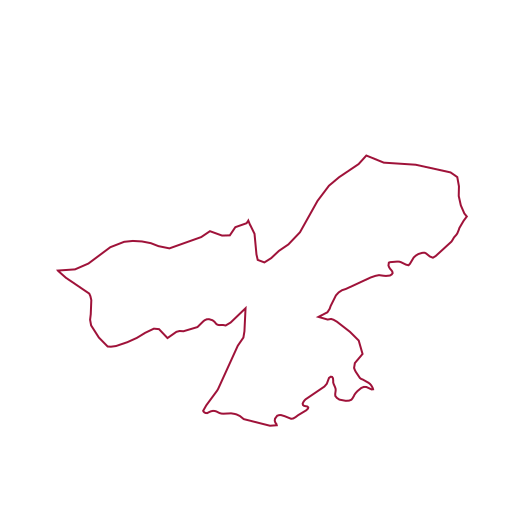 SVG path tracing the border of An Nabatiyah, rotated 207°
{"feature_id": "LBN-3059", "entity_name": "An Nabatiyah", "entity_type": "Province", "adm_level": 1, "iso_a3": "LBN", "parent_name": "Lebanon", "parent_adm1": "", "projection": "orthographic", "projection_center": [35.465, 33.278], "detail": "fine", "context": "isolated", "style": "outline", "palette": "rose", "viewbox_px": 512, "rotation_deg": 207, "n_neighbors": 0, "source": "natural_earth", "source_scale": "10m", "svg_char_len": 2855}
<svg xmlns="http://www.w3.org/2000/svg" viewBox="0 0 512 512"><g transform="rotate(207 256 256)"><path d="M275.1,280.9L267.4,275.1L256.3,257.6L252.7,253.3L245.6,254.1L241.5,261.0L237.9,271.0L232.4,281.0L227.6,297.1L226.2,333.1L222.9,351.8L217.7,364.0L206.3,384.5L203.3,395.6L184.5,397.2L155.2,409.8L120.6,418.8L112.5,417.7L106.8,410.2L102.6,401.5L96.5,394.1L89.7,388.5L86.1,386.9L87.0,381.7L87.5,373.3L87.2,371.4L86.9,367.5L87.1,365.9L88.0,362.5L88.2,359.1L88.4,357.5L95.9,337.5L97.6,334.8L100.9,334.5L105.6,335.5L107.1,335.5L108.3,334.9L109.4,334.2L112.2,331.5L113.7,329.1L114.8,326.3L115.3,318.9L115.9,317.0L118.4,316.4L124.1,316.3L125.8,316.0L127.7,315.1L133.7,311.4L134.6,310.4L133.7,307.7L132.4,306.5L130.8,305.5L129.2,304.9L127.6,304.1L126.5,302.8L126.7,301.2L127.8,299.4L131.2,297.2L133.7,296.2L137.7,294.8L140.6,292.5L144.1,288.9L161.0,267.4L163.8,264.6L165.8,261.1L166.9,257.2L166.8,245.3L166.4,242.4L166.8,238.3L172.7,230.1L163.3,231.9L160.5,234.0L158.0,234.4L154.1,234.2L137.9,231.1L126.1,227.3L116.6,217.1L119.3,205.5L117.8,200.8L116.3,199.4L114.7,198.2L108.1,194.5L106.5,194.2L104.9,194.4L98.1,194.1L96.4,193.8L94.7,193.1L93.1,192.1L91.8,191.1L91.2,190.4L92.4,189.6L98.2,189.4L100.5,188.3L102.3,186.2L104.3,181.6L105.0,179.0L105.3,176.9L105.2,176.0L105.4,172.9L105.8,171.2L107.4,169.4L110.3,167.7L116.5,165.9L119.6,166.3L121.8,167.3L122.8,169.0L123.9,172.2L124.7,173.7L126.0,175.0L128.8,177.3L129.9,178.5L130.5,179.8L131.9,182.0L133.3,182.8L134.6,182.4L135.6,180.5L134.9,174.3L135.8,170.7L146.8,150.7L147.3,149.0L147.5,147.2L147.4,145.6L146.4,144.5L145.1,144.3L141.9,145.2L140.7,144.8L140.4,143.7L141.2,141.3L146.2,133.3L147.6,130.4L149.1,128.1L150.8,126.9L157.7,126.3L161.6,125.6L163.2,124.7L164.6,123.3L165.2,119.7L164.5,117.7L163.1,116.3L161.6,115.6L160.7,114.6L166.5,111.1L192.9,105.1L197.6,106.1L201.4,106.0L203.3,105.6L206.8,104.5L213.6,100.6L215.3,99.9L217.2,99.5L220.7,99.5L222.3,99.2L224.0,98.5L225.6,97.2L226.7,95.9L228.0,94.1L228.1,93.9L229.7,93.2L231.0,93.2L232.2,93.6L232.6,93.9L232.8,94.1L232.5,100.4L229.5,118.5L229.4,120.4L231.5,167.8L230.2,177.6L232.1,183.6L241.6,204.7L248.4,185.2L251.5,180.3L254.0,179.6L255.2,179.0L257.3,177.8L258.5,177.4L259.8,177.3L261.1,177.6L262.2,178.2L263.8,178.7L265.6,179.0L269.1,178.4L271.1,177.3L272.6,175.4L273.3,173.9L275.9,166.1L286.5,156.0L290.0,154.5L292.5,152.3L297.6,142.7L309.2,146.8L314.0,144.9L319.9,137.2L325.0,128.9L331.5,120.8L339.9,112.2L344.1,109.3L347.1,108.0L359.0,112.0L371.4,119.3L374.9,123.9L376.8,129.1L382.7,141.9L385.3,145.0L387.5,146.8L415.5,150.3L425.5,152.9L425.9,153.1L411.2,161.9L401.9,173.2L389.8,197.7L379.9,208.8L372.6,213.5L364.2,217.2L355.5,219.7L347.4,220.5L336.6,223.5L313.4,248.0L308.3,257.2L295.5,258.8L288.7,262.5L287.5,272.3L279.3,280.9L278.9,283.8L278.9,284.0L275.3,280.9L275.2,280.9L275.1,280.9Z" fill="none" stroke="#9f1239" stroke-width="2"/></g></svg>